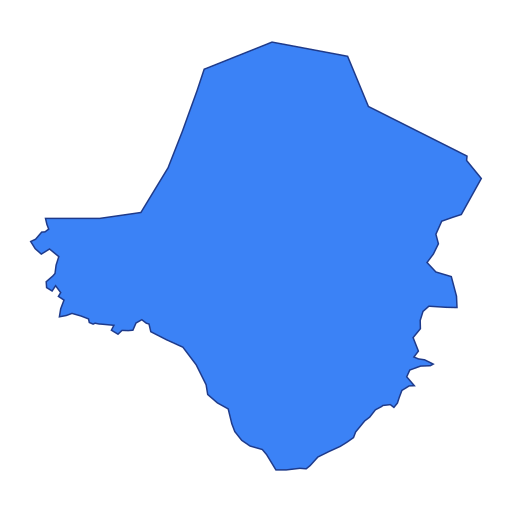 Lemithou, Limassol, Cyprus
{"feature_id": "46923920B6112352960070", "entity_name": "Lemithou", "entity_type": "district", "adm_level": 2, "iso_a3": "CYP", "parent_name": "Cyprus", "parent_adm1": "Limassol", "projection": "robinson", "projection_center": [32.805, 34.949], "detail": "fine", "context": "isolated", "style": "filled", "palette": "blue", "viewbox_px": 512, "rotation_deg": 0, "n_neighbors": 0, "source": "geoboundaries", "source_scale": "gbopen_adm2", "svg_char_len": 1593}
<svg xmlns="http://www.w3.org/2000/svg" viewBox="0 0 512 512"><path d="M196.9,91.2L196.6,92.0L187.5,117.1L182.4,131.3L173.8,153.2L168.6,166.4L168.3,167.4L140.9,212.5L99.8,218.4L79.4,218.4L45.5,218.4L46.9,224.4L48.7,229.1L44.9,231.9L41.7,232.1L35.6,239.2L30.7,241.5L35.2,248.7L41.3,254.1L49.5,249.0L58.8,256.6L56.1,265.1L55.0,273.5L52.8,276.0L46.2,281.7L46.6,287.6L52.1,291.0L55.6,285.7L60.7,292.6L58.4,296.4L64.0,300.1L60.7,308.8L59.4,316.8L66.3,315.5L72.0,313.4L81.0,316.0L88.5,318.9L89.3,322.5L93.1,324.1L95.1,323.2L99.1,324.0L101.2,324.1L113.9,325.3L111.4,330.2L118.0,334.2L122.0,330.4L128.4,330.6L132.9,330.2L136.0,323.0L141.8,319.7L146.3,323.2L149.0,324.0L150.8,331.7L166.8,339.9L182.9,347.2L196.2,364.8L206.1,384.7L207.7,394.5L217.4,402.9L228.2,408.9L231.8,423.7L234.8,431.6L241.7,440.3L250.0,446.0L262.3,449.5L266.6,454.6L275.9,469.9L286.3,469.9L299.8,468.3L306.2,468.8L310.1,465.6L317.9,457.0L328.8,451.6L340.2,446.4L347.1,442.1L353.5,437.6L355.6,432.0L364.7,420.9L369.7,417.1L375.4,409.8L381.8,406.4L382.7,405.5L390.3,404.6L393.9,407.4L397.4,403.1L399.4,397.0L401.9,390.4L409.2,385.9L414.3,385.7L406.7,376.8L409.8,370.0L420.5,366.1L430.3,365.7L431.6,365.0L433.2,364.1L424.6,359.8L418.4,358.9L413.9,357.0L418.4,351.1L413.1,337.6L420.4,328.7L420.2,320.4L423.0,311.4L428.9,306.2L446.3,307.3L454.9,307.5L457.0,307.5L456.5,296.2L451.3,276.6L435.9,272.0L427.0,262.5L433.4,254.0L438.4,243.8L435.9,234.2L441.7,221.2L452.7,217.3L461.3,214.5L481.3,178.5L466.6,160.5L467.0,156.1L368.4,106.5L347.6,56.3L272.0,42.1L204.2,69.2L196.9,91.2Z" fill="#3b82f6" stroke="#1e3a8a" stroke-width="1.5"/></svg>